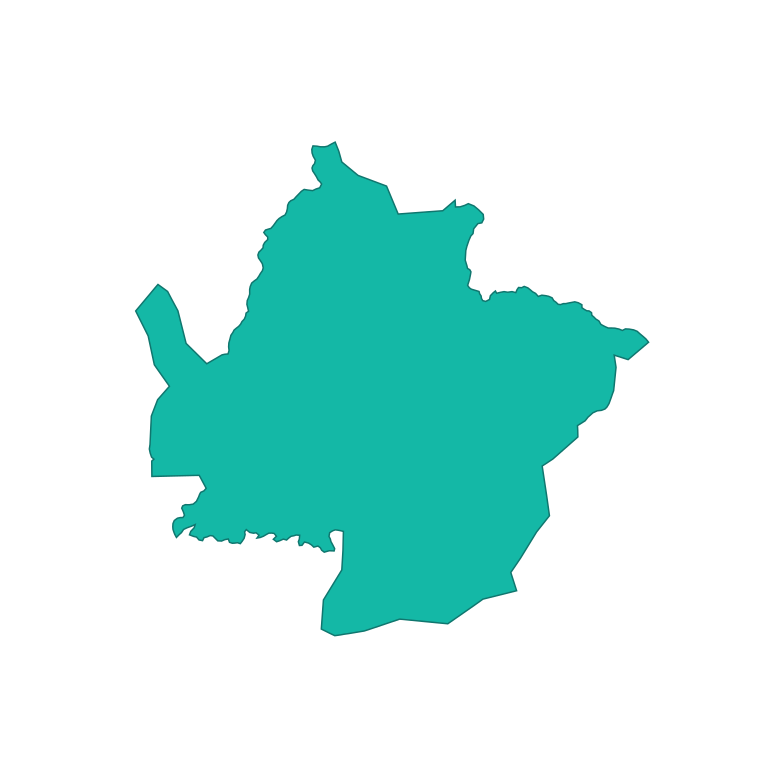 the district of Castelo do Piauí, Piauí, Brazil, rotated 333°
{"feature_id": "56859067B95286770264401", "entity_name": "Castelo do Piauí", "entity_type": "district", "adm_level": 2, "iso_a3": "BRA", "parent_name": "Brazil", "parent_adm1": "Piauí", "projection": "albers", "projection_center": [-41.58, -5.307], "detail": "fine", "context": "isolated", "style": "filled", "palette": "teal", "viewbox_px": 768, "rotation_deg": 333, "n_neighbors": 0, "source": "geoboundaries", "source_scale": "gbopen_adm2", "svg_char_len": 4455}
<svg xmlns="http://www.w3.org/2000/svg" viewBox="0 0 768 768"><g transform="rotate(333 384 384)"><path d="M428.8,139.6L426.2,142.2L424.8,145.5L424.3,149.0L424.5,153.4L422.2,156.1L419.7,157.2L417.9,158.9L417.2,161.8L417.6,165.3L417.9,168.8L417.9,172.4L418.8,174.8L419.2,177.5L415.8,180.0L412.0,179.4L408.2,179.3L404.3,176.7L401.2,174.4L397.8,174.8L394.4,176.0L390.6,177.3L387.6,178.5L384.1,178.4L381.7,179.1L379.3,181.0L377.5,183.9L375.2,186.6L372.5,188.5L369.1,188.5L365.7,188.9L362.8,189.8L360.5,191.0L357.4,192.6L353.9,194.0L351.3,193.5L348.3,193.0L345.7,194.4L346.1,197.1L347.1,200.2L346.0,202.5L342.0,203.7L339.4,205.5L338.1,207.7L335.4,208.8L332.4,209.7L330.2,211.8L329.4,214.7L329.9,218.4L330.2,221.6L329.1,225.7L327.0,227.9L324.1,229.4L321.5,231.1L318.4,232.8L315.4,233.2L311.9,234.0L309.0,236.5L307.2,238.8L305.1,243.0L302.6,245.5L300.0,247.6L298.0,250.8L297.3,253.9L296.3,257.7L293.3,258.2L291.5,260.7L288.9,262.8L285.8,263.9L283.4,265.6L280.6,266.7L277.9,267.2L274.9,267.9L272.7,269.5L269.7,271.1L266.8,274.4L264.4,277.0L262.4,280.4L261.2,283.7L258.7,286.4L255.3,285.1L252.9,284.5L235.3,285.5L234.5,283.2L226.1,258.0L233.6,225.2L233.3,212.4L233.2,203.3L227.8,192.7L223.6,194.4L215.7,197.8L195.9,206.2L195.7,234.1L188.1,262.6L188.7,267.1L191.8,288.6L175.2,295.2L162.1,307.0L160.8,309.3L148.1,331.6L145.4,335.4L144.3,339.5L143.7,343.6L144.9,346.5L142.1,347.2L135.2,361.0L172.8,379.0L177.9,381.5L178.2,396.2L174.9,397.5L171.5,397.3L169.6,398.6L167.5,400.5L163.6,403.4L159.5,404.4L155.7,403.2L152.1,401.3L149.3,401.2L147.4,402.8L147.2,406.8L146.6,410.4L144.2,411.7L141.8,410.5L139.0,409.8L135.2,410.4L132.6,412.6L131.0,415.3L130.0,417.7L129.6,420.2L129.3,422.9L129.4,426.5L133.2,425.2L136.0,424.5L139.4,422.6L143.2,422.7L147.9,423.3L151.9,423.5L149.6,425.9L144.9,427.6L142.2,430.1L145.2,433.4L147.5,435.3L148.4,439.0L151.2,441.2L153.9,439.2L156.9,439.9L160.2,440.1L162.5,441.6L163.6,444.9L164.7,448.3L168.0,450.2L171.5,450.4L174.9,451.4L174.5,454.9L176.5,457.0L178.8,458.0L181.4,458.9L183.5,461.0L186.1,459.8L189.3,458.0L191.9,455.1L192.7,452.4L195.2,451.2L197.0,455.3L200.0,457.7L202.5,458.5L204.0,461.9L200.9,463.6L204.2,464.6L207.5,464.9L210.5,464.7L213.6,464.6L216.2,465.8L218.3,467.3L219.0,470.8L214.9,472.1L216.7,475.8L219.9,476.3L223.9,476.5L226.4,478.8L229.1,478.0L232.1,477.5L234.8,478.3L237.2,478.7L240.2,480.5L238.1,483.8L236.1,485.6L235.3,489.5L237.7,490.5L241.4,488.7L244.5,491.4L246.3,494.4L247.4,497.5L251.6,498.4L252.9,501.0L253.0,503.8L254.4,506.7L259.5,507.7L263.8,510.1L265.3,508.3L265.3,504.1L265.2,500.2L265.8,497.8L265.8,494.8L268.1,491.8L271.7,491.5L274.3,491.8L276.4,493.2L278.6,494.9L280.9,496.9L271.8,513.8L262.0,530.5L232.0,548.9L216.9,573.9L222.6,581.6L225.9,585.9L231.4,587.8L234.8,588.8L239.1,590.3L254.3,595.1L258.6,595.8L291.2,600.6L332.0,626.6L364.5,622.1L374.5,620.6L408.3,628.4L411.4,609.5L426.5,601.2L452.8,585.1L471.6,576.5L478.4,556.8L487.7,528.9L500.4,527.5L532.7,519.2L535.6,513.2L537.5,508.9L546.5,508.1L550.6,506.2L557.0,504.5L561.8,504.7L565.8,506.2L569.6,506.6L572.1,505.8L575.6,503.6L580.1,499.4L583.1,496.5L585.6,494.2L598.3,474.5L602.2,462.8L612.6,473.1L638.7,466.9L637.8,462.7L636.5,459.4L634.8,455.4L633.5,452.0L631.0,449.1L627.4,446.4L624.1,444.5L620.7,444.5L618.4,441.8L615.1,439.1L612.1,437.4L609.3,436.0L607.3,433.6L605.7,431.4L604.3,429.3L604.1,425.4L602.2,422.2L601.5,419.8L600.4,417.2L601.3,414.6L599.9,412.0L597.9,410.8L596.2,408.2L595.0,405.9L596.3,403.2L594.0,399.8L591.3,397.4L588.2,396.5L584.8,395.5L582.4,394.9L580.3,393.8L577.3,393.4L575.3,392.0L574.4,389.3L573.1,386.7L572.9,383.5L570.6,380.7L568.3,378.8L564.9,376.5L561.2,376.0L560.2,372.1L558.2,369.2L557.2,366.7L555.8,363.6L553.2,360.7L550.4,360.7L547.7,359.1L545.4,360.3L542.9,362.4L540.0,359.8L535.9,358.4L532.9,356.2L529.1,355.1L525.6,354.3L525.5,351.7L522.7,352.3L518.9,353.6L516.4,356.6L512.1,356.6L509.8,354.5L509.7,352.0L510.5,349.6L510.2,347.0L510.7,344.7L504.9,339.2L503.7,337.0L503.3,334.1L507.6,329.7L510.7,325.8L512.4,323.5L512.3,321.1L510.9,319.0L511.6,316.1L512.6,310.5L515.8,305.1L517.5,302.2L520.4,298.9L524.8,294.6L528.6,291.5L531.6,290.4L534.4,286.4L538.1,284.8L540.4,283.7L544.3,284.8L547.7,282.3L549.4,277.9L547.4,271.8L545.0,266.2L541.0,261.6L537.1,261.5L532.2,260.7L528.1,258.7L530.8,252.5L515.0,256.3L473.8,239.0L476.1,208.8L455.6,186.4L447.2,167.0L449.4,156.1L450.3,146.3L446.3,146.3L441.7,146.5L438.7,145.7L434.9,143.7L432.3,141.7L428.8,139.6Z" fill="#14b8a6" stroke="#0f766e" stroke-width="1.5"/></g></svg>